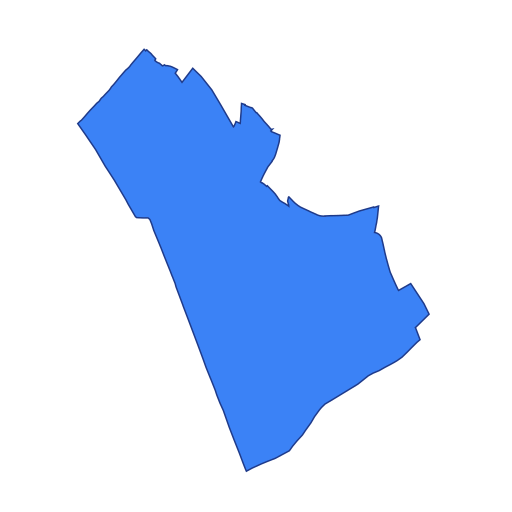 the district of Rafah, Gaza Strip, Palestine, rotated 356°
{"feature_id": "87354302B11532502248212", "entity_name": "Rafah", "entity_type": "district", "adm_level": 2, "iso_a3": "PSE", "parent_name": "Palestine", "parent_adm1": "Gaza Strip", "projection": "robinson", "projection_center": [34.269, 31.284], "detail": "fine", "context": "isolated", "style": "filled", "palette": "blue", "viewbox_px": 512, "rotation_deg": 356, "n_neighbors": 0, "source": "geoboundaries", "source_scale": "gbopen_adm2", "svg_char_len": 5846}
<svg xmlns="http://www.w3.org/2000/svg" viewBox="0 0 512 512"><g transform="rotate(356 256 256)"><path d="M165.3,46.7L164.7,46.1L163.9,45.3L163.0,44.5L162.4,43.8L161.4,42.7L160.9,43.0L160.5,43.5L160.3,43.7L158.8,42.0L155.6,45.1L151.8,49.1L146.3,54.7L144.4,56.7L143.1,58.3L141.0,60.1L139.0,61.5L137.2,63.3L132.3,68.2L129.5,71.3L125.9,75.1L123.6,77.2L122.6,78.6L121.0,80.5L119.0,82.3L116.9,84.2L114.7,86.3L112.8,87.7L111.7,88.9L110.9,90.1L109.9,91.1L108.8,91.8L107.7,92.6L104.9,95.3L101.0,98.8L97.7,102.0L94.5,105.3L91.2,108.5L90.4,108.9L89.1,110.0L87.4,111.5L94.5,123.3L103.4,138.6L111.9,156.0L114.1,159.9L114.5,160.6L120.0,170.6L130.1,190.8L132.1,195.4L138.5,208.4L139.7,209.4L146.6,210.2L150.3,210.4L150.8,210.5L151.3,210.7L152.7,212.2L154.2,216.8L155.8,223.3L160.1,236.1L161.5,240.4L161.6,240.6L161.9,241.6L163.7,247.4L163.8,247.7L163.9,248.1L166.8,257.1L167.7,259.9L167.8,260.0L168.0,260.8L169.3,264.8L169.5,265.3L169.7,266.1L171.0,270.3L171.3,271.0L171.6,272.1L173.4,277.7L174.0,280.8L174.3,282.0L174.6,283.0L174.7,283.3L179.5,299.5L179.9,301.0L184.4,315.9L191.6,340.0L195.8,354.3L198.4,363.6L202.1,375.0L202.4,375.8L206.0,387.1L207.2,391.9L209.8,400.2L212.6,407.7L217.3,424.8L221.3,437.8L225.7,451.6L228.7,461.7L230.6,467.8L231.4,470.0L237.6,467.2L246.7,463.8L253.0,461.7L261.3,459.1L266.8,456.6L273.7,453.5L275.7,452.6L279.4,448.1L284.2,443.1L289.9,437.7L293.2,433.4L299.1,426.3L303.2,420.3L308.5,414.0L310.7,411.7L314.5,408.5L324.2,403.6L348.7,390.9L359.7,383.3L364.4,381.1L370.9,378.9L376.7,376.1L382.4,373.6L386.5,371.7L389.3,370.3L394.6,367.1L400.5,362.1L404.2,358.8L407.2,356.2L410.7,353.2L413.8,350.9L410.3,339.3L410.0,338.5L410.2,338.4L424.6,326.1L420.2,315.3L408.4,294.3L396.7,299.9L395.8,300.3L395.4,299.5L394.1,296.2L393.1,293.6L391.2,288.4L389.6,283.9L388.9,282.0L388.7,281.4L388.6,280.8L388.4,280.1L388.3,279.6L387.1,274.0L386.4,270.4L386.1,268.9L385.8,267.6L385.6,266.3L385.4,265.1L384.7,261.1L384.6,260.2L384.5,259.2L384.3,258.4L384.2,257.4L383.5,252.6L383.1,250.2L382.9,249.2L382.8,248.1L382.7,247.7L382.6,247.2L382.6,246.8L382.5,246.6L382.3,246.0L382.1,245.6L381.9,245.2L381.7,244.9L381.5,244.5L381.2,244.1L380.9,243.8L380.7,243.5L380.4,243.2L380.1,242.9L379.7,242.6L379.3,242.3L379.0,242.1L378.7,241.9L378.3,241.7L378.0,241.5L377.7,241.4L377.3,241.3L377.0,241.1L376.4,240.9L375.9,240.8L376.7,238.3L377.3,236.0L377.9,233.6L378.6,231.3L379.1,228.9L379.7,226.5L380.2,223.7L380.7,220.8L381.2,217.9L381.7,215.0L381.8,214.7L381.7,214.7L381.2,214.8L380.1,215.1L379.0,215.4L377.0,215.9L376.8,215.3L362.3,218.3L358.2,219.5L357.8,219.6L350.8,221.7L350.2,221.7L348.0,221.6L345.8,221.5L344.1,221.5L342.4,221.4L340.8,221.4L339.1,221.3L336.6,221.2L334.7,221.1L333.2,221.0L328.2,220.9L327.7,220.8L327.6,221.1L327.1,221.0L326.4,221.0L325.8,220.9L324.9,220.8L324.2,220.7L323.5,220.5L322.8,220.4L322.3,220.2L321.9,220.1L321.5,219.9L321.1,219.8L320.7,219.6L320.0,219.3L319.5,219.0L319.2,218.8L318.3,218.3L317.1,217.7L316.1,217.1L315.2,216.7L314.5,216.3L313.5,215.8L312.5,215.2L311.6,214.6L311.4,214.5L310.9,214.3L309.7,213.6L307.1,212.2L304.8,210.9L303.9,210.4L303.3,210.0L302.7,209.5L302.0,209.0L301.7,208.8L301.0,208.2L300.4,207.6L299.6,206.9L298.9,206.2L298.1,205.5L297.5,204.7L296.8,204.0L296.2,203.2L294.0,200.6L292.9,199.3L292.7,199.4L292.6,199.5L292.4,199.8L292.1,201.0L291.8,202.0L291.7,202.3L291.5,202.8L291.5,203.0L291.4,203.3L291.4,203.5L291.4,203.8L291.4,204.0L291.7,205.0L291.8,205.7L291.9,206.5L292.1,207.2L292.1,207.6L292.1,208.0L292.1,208.5L292.0,208.4L291.9,208.3L290.7,207.4L289.8,206.7L288.4,205.6L286.2,204.2L283.5,202.2L282.8,201.0L282.2,200.1L281.2,198.2L280.2,196.7L279.9,196.0L277.9,193.4L272.2,186.7L271.5,187.3L270.1,185.9L269.5,185.3L269.2,185.0L269.0,184.8L268.9,184.7L268.7,184.6L268.5,184.4L268.3,184.3L267.5,183.8L267.5,183.6L267.4,183.6L267.2,183.5L266.9,183.4L266.6,183.3L266.4,183.1L266.2,182.9L265.6,182.4L267.1,179.5L268.5,176.9L269.7,174.9L270.0,174.4L270.8,173.1L271.1,172.7L271.6,171.8L273.1,169.5L273.4,169.0L273.4,168.9L273.8,168.3L274.0,168.1L274.2,167.8L274.8,167.0L275.2,166.7L275.6,166.2L277.1,164.5L278.7,162.7L278.6,162.3L278.9,162.1L279.2,161.7L279.7,161.1L280.2,160.5L280.6,159.9L280.9,159.5L281.2,159.0L281.4,158.6L281.6,158.2L281.8,157.8L282.7,155.8L283.2,154.5L284.5,151.0L284.9,150.0L286.1,146.6L286.4,145.8L286.7,144.9L287.0,144.0L287.2,143.1L287.6,141.4L287.7,140.5L287.9,139.7L288.4,137.2L286.2,136.1L283.1,134.5L280.2,133.1L279.5,132.3L280.9,131.0L281.2,130.7L280.6,130.8L280.3,130.7L280.0,130.5L279.7,130.4L279.3,130.0L279.0,129.5L278.4,128.7L277.7,127.7L277.1,126.9L276.5,126.3L276.2,125.7L275.4,124.8L274.7,123.9L273.9,122.9L273.3,122.1L271.8,119.8L270.2,117.6L267.4,114.0L266.9,113.2L266.7,113.1L266.4,113.1L266.2,113.1L264.6,110.9L263.8,109.7L263.3,109.0L262.8,108.2L262.7,108.2L262.2,107.9L261.8,107.7L261.5,107.6L261.2,107.5L260.8,107.5L260.7,107.4L255.4,104.9L255.7,104.2L252.2,102.8L252.0,104.5L251.7,106.5L251.5,108.5L251.3,110.5L251.0,112.5L250.0,119.2L249.9,119.7L249.8,120.9L249.6,122.0L249.5,122.6L245.4,120.5L244.6,122.3L242.9,125.3L242.5,125.6L242.1,124.9L231.7,103.5L223.5,87.2L213.9,73.2L206.0,64.3L194.3,77.6L190.8,71.8L188.2,68.0L188.9,67.1L189.7,66.0L190.2,65.4L190.7,64.6L187.7,62.8L185.4,61.5L183.6,60.7L182.0,60.3L181.8,60.2L181.5,60.1L181.2,60.0L180.9,60.0L180.2,59.9L179.5,59.8L179.3,59.8L179.2,59.8L179.1,59.7L178.9,59.7L178.6,59.4L178.4,59.3L178.3,59.2L177.9,58.9L177.7,59.1L177.4,59.3L177.0,59.5L176.8,59.5L176.5,59.7L176.2,59.7L176.0,59.8L175.8,59.8L175.1,58.9L174.1,58.0L173.8,57.7L173.6,57.4L173.4,57.2L173.1,57.0L173.0,56.9L172.0,56.5L171.5,56.2L170.9,55.8L170.7,55.7L170.4,55.5L170.2,55.4L170.1,55.2L169.1,54.3L169.1,54.2L168.9,54.1L168.7,53.8L168.7,53.7L168.8,53.5L168.9,53.4L169.3,52.9L169.7,52.3L168.7,51.0L167.1,49.1L166.9,48.8L166.6,48.5L166.3,48.1L165.8,47.3L165.5,47.0L165.3,46.7Z" fill="#3b82f6" stroke="#1e3a8a" stroke-width="1.5"/></g></svg>